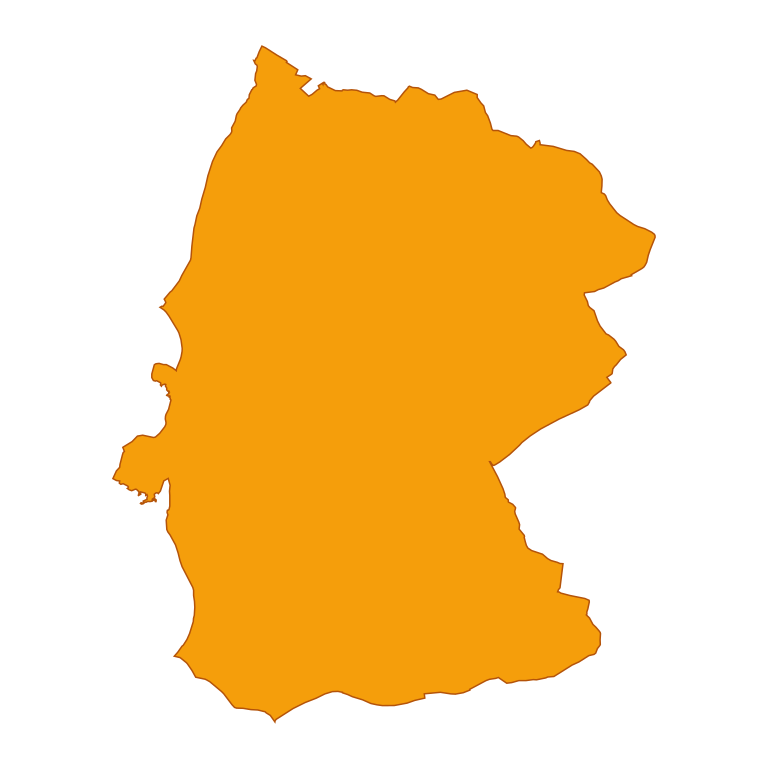 Suatu, Cluj, Romania
{"feature_id": "2599482B22799076285957", "entity_name": "Suatu", "entity_type": "district", "adm_level": 2, "iso_a3": "ROU", "parent_name": "Romania", "parent_adm1": "Cluj", "projection": "albers", "projection_center": [23.957, 46.756], "detail": "fine", "context": "isolated", "style": "filled", "palette": "amber", "viewbox_px": 768, "rotation_deg": 0, "n_neighbors": 0, "source": "geoboundaries", "source_scale": "gbopen_adm2", "svg_char_len": 6059}
<svg xmlns="http://www.w3.org/2000/svg" viewBox="0 0 768 768"><path d="M518.8,522.1L515.2,513.9L514.7,511.3L515.5,508.4L515.5,507.5L512.7,504.3L508.5,502.1L508.3,501.7L508.3,500.0L508.1,499.7L505.3,497.4L504.8,494.1L503.0,488.7L497.6,476.8L489.6,461.7L490.3,461.7L491.9,464.2L493.0,465.2L493.8,465.4L495.6,464.5L499.7,462.0L509.9,454.2L519.6,445.1L521.9,442.5L530.2,435.9L540.6,429.0L559.2,419.0L579.2,409.8L587.8,404.9L589.6,401.7L589.5,401.0L593.6,396.1L610.8,382.9L610.8,382.5L606.8,377.3L611.8,374.0L612.2,373.3L612.8,369.0L614.5,366.5L616.3,364.8L620.6,359.4L626.2,354.9L624.9,351.7L623.5,349.8L618.9,346.4L615.7,341.2L614.0,339.2L608.6,335.0L606.1,333.9L600.1,326.1L597.5,320.9L594.0,310.7L589.8,307.5L588.3,305.6L587.4,301.5L584.2,295.0L584.5,292.8L594.6,291.5L598.3,289.6L603.8,288.0L614.9,282.0L618.2,280.7L621.3,278.7L631.7,275.7L631.2,274.7L641.8,268.6L643.8,267.1L645.2,265.1L646.7,262.2L648.3,255.2L650.3,249.3L655.1,237.3L655.0,235.6L654.4,234.3L651.7,232.2L644.8,228.7L637.7,226.5L633.9,224.6L620.0,215.5L616.7,212.7L609.6,203.7L607.3,199.9L605.7,195.7L604.9,194.7L604.3,194.0L601.4,192.7L601.3,192.1L601.9,186.0L602.1,179.2L601.3,176.0L599.4,171.9L592.3,164.3L589.6,162.8L586.5,159.5L580.1,153.8L574.2,151.4L566.5,150.4L553.3,146.4L540.1,144.7L540.1,143.1L539.4,140.5L535.8,141.7L535.5,143.0L533.6,145.9L532.4,147.3L530.8,148.1L526.2,144.2L523.2,140.7L518.6,137.0L516.8,136.2L510.8,135.6L498.1,130.5L493.1,130.5L492.0,129.4L490.4,123.1L487.7,115.8L485.4,112.5L483.7,105.9L480.9,102.9L477.2,97.6L477.2,94.5L466.9,90.2L454.3,92.4L441.2,99.0L438.3,99.4L434.8,95.1L428.4,93.7L421.5,89.4L418.3,87.9L412.6,87.5L409.4,86.2L408.4,86.8L407.9,87.9L404.4,91.7L397.8,100.0L395.4,102.2L394.9,100.9L389.8,99.4L384.0,95.8L381.7,95.7L375.7,96.4L374.3,95.9L369.8,93.0L362.2,92.2L356.9,90.3L351.6,89.8L347.6,90.2L343.3,89.8L342.4,90.2L342.0,90.9L335.3,90.6L327.7,86.9L326.0,84.5L325.2,84.3L324.6,82.5L323.9,82.3L323.3,83.0L323.0,84.3L322.5,83.1L318.3,85.8L319.6,88.7L317.0,90.2L312.2,94.3L308.7,96.2L300.3,88.4L311.2,78.9L305.4,75.7L301.2,76.1L295.6,74.8L297.8,69.8L286.4,62.4L287.0,61.5L286.5,60.7L276.7,55.0L265.5,47.8L261.9,46.1L259.2,51.7L256.9,57.8L256.1,58.2L255.1,60.7L253.7,60.4L255.3,63.9L256.9,65.2L257.3,66.6L256.7,70.9L255.6,73.6L254.9,80.3L256.5,84.3L256.2,85.9L253.2,87.8L252.4,89.4L251.8,89.7L249.3,94.7L249.0,98.1L247.3,99.6L246.2,102.2L242.9,105.2L240.7,107.9L239.9,109.6L237.1,113.7L236.4,115.4L235.2,121.2L231.6,127.9L231.8,131.2L231.5,132.3L230.1,134.5L225.7,138.9L221.6,145.7L217.0,151.9L212.5,161.5L207.9,175.8L205.3,187.4L201.8,199.1L199.8,208.1L196.8,215.9L195.0,224.5L194.0,228.0L191.9,246.0L191.0,257.8L190.5,260.1L181.8,275.5L179.3,280.9L171.8,290.8L170.1,292.1L164.2,299.1L165.4,301.3L165.8,302.7L163.1,306.4L161.9,306.2L160.0,307.3L163.9,309.9L166.1,312.1L169.0,316.1L177.8,330.6L179.0,333.1L181.0,339.7L182.2,348.4L182.1,351.3L181.1,356.8L180.2,359.8L176.5,368.8L176.3,370.7L172.8,368.0L166.3,364.6L163.5,364.6L159.2,363.4L157.1,363.6L155.6,363.9L154.3,364.8L151.8,374.0L151.8,377.6L153.4,380.5L155.4,381.1L156.6,380.7L160.3,382.6L160.8,383.1L160.4,385.0L161.4,386.2L162.1,385.0L164.8,384.1L165.8,384.5L165.4,386.0L166.7,388.0L166.7,389.9L167.9,391.2L168.8,391.0L169.2,391.7L169.3,392.0L168.7,392.1L168.9,393.5L167.1,394.7L166.7,395.4L167.8,395.9L169.8,395.9L170.0,396.5L169.2,397.1L170.3,398.1L170.2,399.3L170.8,399.7L170.9,400.3L168.6,409.3L166.0,414.4L165.5,416.2L165.3,419.0L166.0,422.4L165.9,424.3L164.8,426.7L159.7,433.3L155.4,437.1L153.5,437.5L142.7,435.2L137.4,436.1L132.1,441.6L122.8,447.3L124.4,451.5L123.2,452.5L122.5,454.6L120.0,464.4L119.7,467.3L116.4,470.9L112.9,478.6L116.4,480.5L119.7,481.0L119.3,483.1L120.8,484.3L123.2,483.7L127.7,486.0L128.4,486.9L128.1,487.9L127.3,488.4L129.2,489.8L131.7,490.7L135.3,489.2L136.3,489.3L138.0,490.7L139.3,493.0L138.9,493.6L139.3,493.8L138.3,495.1L138.5,495.5L140.8,494.2L140.7,493.5L139.8,492.2L140.2,491.8L145.0,493.0L145.7,494.0L145.7,495.4L147.0,494.6L147.5,496.0L146.9,498.1L147.0,499.3L143.2,501.1L143.5,502.8L142.4,503.1L141.1,502.7L140.5,503.5L141.6,504.1L143.1,503.8L145.1,502.2L146.6,502.1L147.5,501.4L150.0,501.6L152.1,501.2L152.3,499.2L152.9,498.7L153.4,498.8L153.5,500.3L154.6,499.8L155.4,501.6L156.0,501.6L156.2,500.0L155.6,499.4L154.8,499.2L154.7,498.3L154.0,497.9L154.8,496.6L154.3,494.8L154.4,494.1L156.2,492.8L157.6,492.9L158.3,493.6L160.4,491.0L163.8,480.9L168.2,478.4L170.1,485.2L169.5,491.2L169.8,495.4L169.8,506.1L169.1,509.1L168.5,510.1L167.5,510.2L167.2,510.9L167.1,512.6L167.9,514.8L166.2,520.1L166.8,529.5L167.9,532.0L170.1,535.0L175.5,544.9L178.1,552.9L180.0,560.6L182.1,566.7L192.8,587.4L193.6,590.3L193.6,595.4L194.5,601.5L194.8,607.3L194.3,615.4L193.5,618.4L193.3,621.6L189.6,633.5L187.0,639.4L183.3,645.2L182.0,646.2L177.7,652.3L174.3,656.2L180.1,657.6L186.3,662.6L187.4,663.8L192.0,670.5L195.7,677.2L205.1,679.2L206.6,679.9L209.8,681.7L221.5,691.5L223.7,693.7L232.0,704.7L234.5,707.4L236.6,708.1L243.0,708.3L250.9,709.6L257.9,710.0L265.2,711.8L266.1,712.8L270.3,715.4L274.9,721.9L275.1,720.7L276.2,719.3L293.1,708.5L305.2,702.5L316.2,698.2L324.9,693.9L332.4,691.6L337.9,691.4L342.5,692.3L342.5,692.8L347.6,694.5L352.4,696.7L362.6,699.8L370.9,703.5L376.9,704.8L382.5,705.6L394.3,705.5L407.1,703.1L414.8,700.4L424.8,698.1L424.3,693.8L440.4,692.3L451.0,693.9L455.4,694.1L463.3,692.7L469.9,690.1L469.7,689.3L486.0,680.6L489.5,679.3L495.6,678.4L498.4,677.5L506.7,683.2L511.7,682.6L518.8,680.6L525.9,680.6L533.2,679.6L536.5,679.8L545.8,677.9L547.7,677.0L553.9,676.5L572.0,665.1L579.0,661.9L588.9,655.6L594.0,654.4L595.7,653.1L597.4,648.6L599.9,645.4L600.3,644.4L600.1,639.8L600.5,633.6L600.2,632.5L599.4,631.3L595.9,627.2L592.9,624.4L589.5,618.0L586.3,614.9L586.9,614.1L586.8,612.0L587.8,609.0L589.3,602.0L589.1,600.3L584.9,598.5L569.9,595.5L560.8,593.1L559.1,592.0L557.6,591.8L558.5,589.6L560.0,587.8L563.0,563.7L560.0,563.5L557.2,562.3L550.9,560.5L547.6,558.6L542.5,554.2L531.7,550.6L527.9,548.1L526.4,545.5L525.3,541.8L524.2,537.4L524.5,536.4L524.2,535.3L519.1,529.1L519.6,524.7L518.8,522.1Z" fill="#f59e0b" stroke="#b45309" stroke-width="1.5"/></svg>